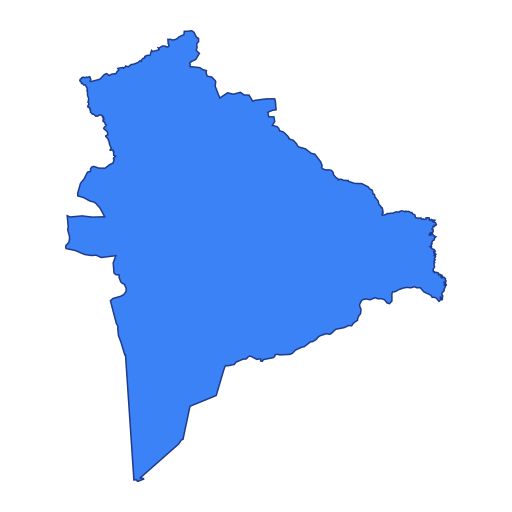 Nyagatare, Eastern, Rwanda (Robinson projection), rotated 90°
{"feature_id": "39286606B31387731734731", "entity_name": "Nyagatare", "entity_type": "district", "adm_level": 2, "iso_a3": "RWA", "parent_name": "Rwanda", "parent_adm1": "Eastern", "projection": "robinson", "projection_center": [30.27, -1.298], "detail": "fine", "context": "isolated", "style": "filled", "palette": "blue", "viewbox_px": 512, "rotation_deg": 90, "n_neighbors": 0, "source": "geoboundaries", "source_scale": "gbopen_adm2", "svg_char_len": 5939}
<svg xmlns="http://www.w3.org/2000/svg" viewBox="0 0 512 512"><g transform="rotate(90 256 256)"><path d="M104.2,423.1L106.1,424.3L107.2,423.1L107.4,423.5L108.3,421.8L109.8,422.2L110.5,421.4L112.1,421.5L114.1,419.6L114.1,418.5L116.3,416.0L115.8,414.8L116.1,414.3L114.9,412.6L115.3,410.2L116.1,409.4L116.2,409.8L117.6,409.0L117.6,408.3L118.9,408.2L119.0,408.6L119.6,408.2L120.5,408.4L120.2,408.9L121.2,409.0L122.5,407.1L124.1,406.9L124.6,406.0L125.7,406.0L127.6,408.0L128.6,408.3L131.8,404.6L134.8,404.2L135.9,406.3L136.5,406.2L138.8,403.9L140.7,403.5L141.4,402.9L143.9,402.6L148.5,400.8L150.0,402.0L150.3,401.6L149.8,399.6L150.2,398.8L151.2,398.9L152.0,398.0L152.8,398.5L155.4,398.3L156.2,396.4L158.0,398.4L158.8,398.6L159.5,397.8L163.0,399.0L164.7,402.4L168.2,407.0L168.1,413.3L166.4,418.1L166.9,420.1L168.6,421.4L171.4,421.5L172.1,424.5L178.9,427.9L183.3,431.5L193.2,434.3L195.9,434.2L197.5,428.5L200.9,422.4L202.0,418.3L203.2,416.3L208.2,411.9L216.8,407.3L217.1,419.8L215.9,429.9L217.0,442.0L215.7,444.8L226.6,443.8L229.9,444.3L236.3,442.5L239.5,442.5L242.5,443.3L245.5,446.1L247.4,446.3L248.6,445.9L250.4,437.0L254.5,427.3L255.5,420.6L255.2,415.9L257.5,410.8L255.7,396.2L262.9,398.8L273.0,398.0L274.7,396.0L275.0,392.7L277.3,393.0L281.7,391.3L282.9,390.3L284.3,387.7L288.0,385.9L291.3,385.8L294.6,388.3L296.3,391.4L298.4,398.9L300.7,401.6L323.4,395.7L326.6,393.9L328.1,394.3L335.7,393.5L342.3,391.0L354.9,387.2L354.9,386.5L480.0,378.1L479.8,375.6L481.2,374.7L481.3,374.0L479.1,368.4L478.5,368.6L477.8,371.7L444.0,333.4L440.0,330.7L439.3,329.0L406.2,322.0L395.5,295.8L369.5,288.1L366.6,287.1L365.6,286.1L365.8,284.1L364.4,277.6L362.2,276.1L359.0,268.6L359.1,266.3L358.5,265.3L356.8,263.9L356.1,262.5L356.5,260.6L359.4,255.2L358.8,252.0L359.3,251.2L361.0,251.4L361.3,249.7L359.6,248.6L357.6,238.6L356.5,237.4L354.6,236.7L354.3,234.6L354.9,232.3L354.4,222.1L353.3,219.7L350.0,216.4L347.1,210.1L346.7,207.8L341.8,201.5L341.6,199.3L339.6,196.0L336.5,193.2L335.6,191.5L333.7,185.6L334.3,182.2L333.2,180.4L329.3,176.3L327.6,167.8L325.5,163.1L325.8,160.4L323.1,158.6L320.2,154.4L318.5,154.4L315.9,153.2L313.7,151.5L311.6,151.2L309.3,151.0L306.5,152.2L304.4,152.4L300.3,150.2L299.3,148.1L299.0,145.3L299.8,142.1L297.7,136.7L298.8,134.2L298.7,130.5L299.8,127.4L302.9,125.0L303.7,122.6L301.1,120.1L293.5,120.1L292.0,119.3L291.5,116.4L289.9,113.8L288.0,108.6L287.4,104.8L287.8,101.3L286.7,97.4L287.8,95.3L287.7,91.8L291.9,88.1L295.1,81.3L297.3,79.8L297.4,77.4L298.0,75.8L301.4,73.0L299.7,71.5L299.9,70.1L299.2,69.6L298.2,70.4L298.2,71.6L297.4,71.7L297.0,71.6L297.8,70.4L297.7,69.5L295.6,69.3L294.8,70.2L292.9,70.0L290.7,67.8L289.9,68.2L286.4,66.6L285.9,66.7L285.9,67.5L285.3,65.8L284.5,65.7L283.9,66.8L284.4,67.7L283.6,67.5L283.4,66.6L282.5,66.5L282.6,67.7L282.3,68.0L281.8,66.2L280.7,66.0L279.6,66.9L278.7,66.5L277.3,68.0L277.9,69.8L277.1,69.7L276.9,71.4L276.2,71.1L276.6,69.4L275.2,70.2L274.0,73.0L275.7,73.2L272.9,73.8L272.2,76.4L272.7,77.5L271.6,77.8L271.5,78.7L269.1,78.8L267.0,77.5L263.4,78.1L262.6,77.2L261.3,78.2L259.9,76.8L258.9,77.6L256.5,76.5L256.0,76.5L255.7,77.8L254.3,76.1L253.4,77.0L253.9,77.7L251.8,78.4L251.5,78.3L251.8,77.1L251.0,76.8L249.4,78.0L249.2,79.2L247.9,80.9L247.2,80.6L246.7,81.8L246.3,80.5L245.0,80.9L243.9,79.9L243.2,80.0L243.1,81.0L242.8,80.3L240.7,79.4L240.0,77.9L237.8,77.3L236.8,76.1L235.6,78.4L233.6,79.7L234.0,80.6L235.3,81.2L234.9,82.8L233.8,82.4L233.6,81.6L232.7,81.5L232.6,79.9L231.8,78.8L229.6,79.0L229.1,79.8L229.3,80.6L228.2,79.2L226.7,79.1L226.6,77.9L225.4,77.9L225.6,76.7L224.8,75.6L222.6,76.5L221.8,78.7L220.2,77.1L220.0,78.0L220.8,79.8L219.7,79.9L219.4,80.4L220.3,82.1L220.1,82.6L218.0,82.7L217.7,84.7L217.9,86.0L219.1,86.1L219.4,87.7L218.9,88.9L219.4,90.1L217.9,91.1L218.2,92.5L217.9,95.8L217.4,96.4L214.8,97.2L214.0,99.2L212.5,100.1L212.7,101.3L211.4,103.0L211.5,105.5L211.1,106.2L211.8,106.9L211.0,109.1L210.9,110.8L211.3,112.1L212.0,112.5L211.9,116.2L213.2,119.2L213.2,121.8L213.7,122.9L213.4,124.5L214.8,126.7L215.1,129.8L214.2,130.0L212.8,128.8L211.8,129.5L211.2,129.0L208.6,129.6L207.6,130.0L207.4,130.8L205.9,131.5L204.8,132.9L200.8,134.0L197.1,137.0L194.4,137.6L194.0,138.8L190.0,139.9L189.2,142.0L186.9,143.8L183.6,150.3L183.4,157.5L181.2,163.8L180.5,163.8L180.3,168.5L179.3,170.6L179.3,172.7L180.0,173.7L178.8,174.1L177.3,176.3L174.5,178.6L172.5,178.8L170.5,180.4L169.9,182.6L169.9,186.7L168.8,189.2L167.5,190.4L165.5,189.9L161.7,191.4L154.1,197.2L153.4,200.7L148.8,206.6L147.0,213.1L145.6,214.7L144.1,215.2L140.3,218.7L138.7,223.2L137.7,223.1L136.0,224.4L132.6,227.9L131.6,229.4L131.0,232.2L128.2,233.4L126.7,234.9L125.3,239.7L121.6,237.3L116.8,238.1L116.8,243.3L112.3,244.1L110.4,239.8L109.8,235.9L101.5,236.6L98.8,237.3L98.9,246.0L100.4,257.3L101.3,259.2L95.1,263.0L95.0,267.9L92.3,271.6L94.2,278.6L92.8,284.4L98.0,292.2L86.3,296.8L81.7,296.3L80.8,296.6L77.0,300.3L76.2,304.7L73.1,305.9L70.6,305.6L69.5,309.6L67.6,312.2L66.6,322.0L64.6,321.8L63.2,322.4L61.4,320.4L59.5,316.3L53.4,312.6L51.2,315.0L49.7,315.8L47.8,314.9L43.7,315.3L41.6,313.4L38.7,313.4L37.8,314.2L37.4,315.5L32.5,317.9L31.1,319.6L30.7,321.0L31.2,322.8L31.3,327.7L34.6,328.1L37.0,333.2L38.3,334.4L39.7,337.1L40.0,339.7L39.4,341.1L39.3,344.1L43.7,343.8L45.3,342.9L46.7,343.7L47.0,345.4L46.3,346.3L45.9,349.4L48.0,352.8L47.8,353.8L49.4,352.9L49.9,353.4L51.5,359.1L50.4,360.4L55.4,362.0L55.3,364.7L56.4,367.2L57.9,367.3L58.4,369.1L60.2,370.7L61.2,370.6L60.9,372.3L62.4,373.8L64.3,378.7L64.5,380.8L66.8,383.8L66.0,386.4L66.7,386.6L68.3,388.5L67.5,389.1L68.4,394.2L69.6,393.4L70.5,393.5L71.3,394.7L73.6,396.1L74.1,400.1L75.5,403.1L73.9,404.8L73.6,405.9L74.9,408.1L79.2,412.0L81.5,420.6L81.3,421.9L79.8,421.2L77.0,422.0L76.7,422.5L77.4,424.0L77.1,425.8L77.7,426.9L77.2,428.7L77.7,430.3L78.4,430.3L79.3,431.8L80.8,432.2L81.6,431.1L83.4,430.5L83.3,429.6L84.9,428.4L84.9,426.7L88.8,424.6L90.7,425.1L91.0,424.6L95.1,424.5L98.9,423.3L102.2,424.0L102.2,423.5L104.2,423.1Z" fill="#3b82f6" stroke="#1e3a8a" stroke-width="1.5"/></g></svg>